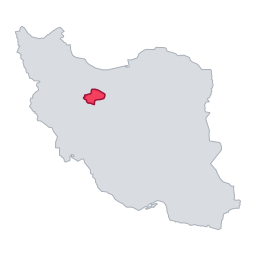 location of Qom within Iran
{"feature_id": "IRN-3232", "entity_name": "Qom", "entity_type": "Province", "adm_level": 1, "iso_a3": "IRN", "parent_name": "Iran", "parent_adm1": "", "projection": "robinson", "projection_center": [50.771, 34.662], "detail": "fine", "context": "in_parent", "style": "filled", "palette": "rose", "viewbox_px": 256, "rotation_deg": 0, "n_neighbors": 0, "source": "natural_earth", "source_scale": "10m", "svg_char_len": 4025}
<svg xmlns="http://www.w3.org/2000/svg" viewBox="0 0 256 256"><path d="M127.8,59.8L131.0,60.0L136.8,58.1L137.3,57.6L139.0,53.8L141.0,52.1L144.5,50.0L146.7,49.4L154.6,49.6L155.2,48.1L156.5,47.3L165.1,47.7L166.4,48.9L167.0,51.1L174.2,53.1L175.7,53.7L177.5,55.4L178.9,55.8L180.8,55.1L181.9,55.6L183.8,55.1L189.4,57.5L190.3,60.0L191.3,61.1L192.6,62.1L197.0,64.0L198.4,65.1L201.7,69.6L210.7,69.5L211.3,70.5L211.3,72.4L212.0,77.1L211.4,78.8L212.6,80.3L212.6,83.1L213.1,85.2L212.2,88.0L211.2,88.5L211.9,91.0L211.0,93.4L211.2,94.3L209.8,96.3L209.8,97.1L207.2,99.0L209.2,101.7L206.3,101.9L204.6,104.8L205.2,108.4L204.8,110.2L205.1,111.2L205.8,111.9L209.7,112.6L209.9,113.0L205.9,118.1L206.1,120.1L209.4,130.5L209.0,135.6L209.6,141.0L219.5,142.5L220.6,143.9L221.4,146.8L221.5,149.0L221.2,150.2L210.5,163.7L216.3,170.4L216.6,171.9L220.1,178.5L223.3,181.9L228.9,183.7L231.4,186.2L233.7,186.1L233.6,189.5L234.6,196.5L234.0,199.7L236.0,200.3L238.9,199.9L240.0,200.5L240.6,201.6L239.9,202.3L240.1,205.1L239.3,205.6L239.1,208.2L234.7,208.3L230.6,209.5L229.1,210.5L228.3,212.3L226.9,212.1L226.5,212.8L223.6,214.1L222.7,219.4L221.6,220.7L220.9,228.3L220.3,228.4L218.9,229.7L209.9,227.2L208.9,225.4L208.0,225.1L206.7,226.8L202.2,225.8L200.7,226.1L199.8,225.6L197.3,225.6L195.4,224.5L190.5,225.4L187.5,223.5L184.4,222.9L180.4,222.9L177.2,221.5L175.6,222.1L174.8,221.1L170.1,220.2L168.5,216.8L168.4,215.1L167.2,212.1L166.7,207.8L165.6,204.7L163.6,202.1L158.1,200.6L155.3,201.4L153.2,202.9L149.8,203.7L147.1,206.6L145.6,206.4L139.3,210.3L137.9,210.2L133.2,207.6L131.1,207.1L126.7,207.2L124.4,205.4L123.7,204.2L118.1,201.4L114.7,198.9L113.6,196.5L112.1,194.8L108.7,193.4L106.8,191.9L101.6,191.4L97.9,187.7L97.8,186.5L95.7,182.4L95.3,179.4L94.8,178.6L93.0,177.4L92.7,176.6L93.1,174.7L90.7,173.6L90.4,172.7L90.4,169.8L84.8,162.8L83.6,159.0L82.6,158.8L77.5,161.3L76.1,159.9L71.7,157.5L71.1,156.5L72.2,156.1L73.3,156.5L74.0,156.0L73.7,155.2L72.6,154.6L71.1,154.7L71.5,155.5L70.1,156.2L69.8,157.2L70.1,160.0L69.5,160.8L67.1,161.3L65.7,162.2L64.4,161.2L64.0,159.1L63.2,157.8L61.9,157.3L61.0,155.9L59.5,155.2L59.5,148.0L55.6,147.8L55.6,142.3L57.5,136.8L53.8,131.8L52.2,128.1L51.2,127.4L49.3,127.5L42.9,122.4L40.7,121.0L37.6,120.6L37.2,118.8L38.0,116.9L36.6,114.3L36.2,113.5L34.9,113.2L35.0,111.6L33.4,111.7L30.4,107.2L29.5,106.6L31.2,103.2L30.1,100.4L30.8,98.1L32.4,98.2L32.9,95.1L35.8,91.9L38.3,90.5L38.5,89.6L38.1,87.8L36.5,85.7L36.8,83.9L37.3,83.0L39.9,82.0L40.0,81.6L38.8,80.9L34.3,80.9L31.9,78.7L29.6,78.2L28.3,73.5L27.9,72.9L26.8,72.8L26.2,71.9L25.9,68.8L24.3,67.4L23.1,62.7L23.0,61.6L23.5,60.6L21.0,58.6L20.7,55.5L21.3,54.8L18.4,52.5L17.1,52.4L17.0,52.0L19.0,47.2L19.9,46.1L18.1,45.4L18.2,43.0L17.8,41.0L18.0,39.2L16.9,37.8L16.6,37.0L17.0,34.9L15.9,33.9L15.4,31.7L19.5,31.1L20.4,27.7L21.9,26.3L24.4,27.9L28.0,33.4L30.2,35.0L31.8,36.8L39.6,38.7L41.3,38.1L44.0,38.2L47.4,34.8L48.9,34.4L53.0,31.0L57.9,27.9L60.4,27.4L64.1,31.4L62.0,32.6L61.6,33.6L61.8,34.5L63.5,35.5L63.7,36.6L63.1,37.2L61.0,37.8L60.3,38.9L62.7,40.7L63.8,42.3L65.1,42.6L67.1,45.1L70.2,44.7L70.8,50.5L72.6,55.3L75.9,57.4L84.5,59.0L85.5,59.9L86.9,62.5L89.1,64.4L95.9,68.2L103.2,69.9L108.2,69.8L126.2,65.6L127.9,65.6L125.2,66.6L126.3,67.1L128.6,67.1L129.1,66.7L129.2,66.0L127.8,59.8ZM156.2,204.5L155.1,206.1L153.5,207.5L152.2,207.1L147.2,209.2L145.8,209.0L145.6,208.4L151.2,206.0L151.4,205.4L151.1,204.1L152.9,204.6L154.8,203.6L156.5,203.3L157.3,204.0L156.2,204.5Z" fill="#d9dde1" stroke="#a8b0b8" stroke-width="1"/><path d="M103.7,98.6L99.8,99.6L98.9,99.6L96.4,99.9L95.3,100.4L94.8,100.8L94.7,101.2L94.3,103.9L94.6,104.5L94.9,104.7L92.2,104.0L91.0,103.3L88.0,103.0L87.3,102.4L86.7,101.7L86.5,101.1L86.5,100.5L86.3,100.1L86.0,99.7L85.7,99.5L85.2,99.5L84.8,99.3L84.3,98.9L83.6,98.1L83.7,97.4L84.8,96.8L85.0,96.6L84.7,96.2L84.7,95.3L85.4,94.8L86.4,94.9L87.4,94.6L88.1,94.2L89.6,94.0L90.8,93.6L91.0,93.4L91.1,92.9L91.3,90.8L91.7,89.7L92.0,89.3L95.3,89.3L98.1,90.1L104.7,94.0L104.9,94.6L104.9,95.7L104.6,96.9L104.0,98.1L103.7,98.6Z" fill="#f43f5e" stroke="#9f1239" stroke-width="1.5"/></svg>